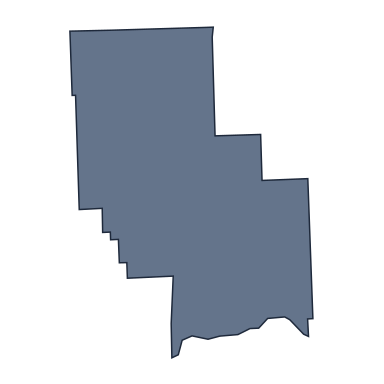 Columbia, Washington, United States of America (Mercator projection), rotated 178°
{"feature_id": "52423323B83269960896154", "entity_name": "Columbia", "entity_type": "district", "adm_level": 2, "iso_a3": "USA", "parent_name": "United States of America", "parent_adm1": "Washington", "projection": "mercator", "projection_center": [-117.924, 46.312], "detail": "fine", "context": "isolated", "style": "filled", "palette": "slate", "viewbox_px": 384, "rotation_deg": 178, "n_neighbors": 0, "source": "geoboundaries", "source_scale": "gbopen_adm2", "svg_char_len": 616}
<svg xmlns="http://www.w3.org/2000/svg" viewBox="0 0 384 384"><g transform="rotate(178 192 192)"><path d="M172.1,356.0L266.7,356.5L308.4,357.0L308.4,292.7L305.0,292.7L305.3,178.4L282.3,178.8L282.7,154.7L275.0,154.8L275.0,147.1L267.2,147.2L267.1,123.8L259.6,123.7L259.6,108.1L213.7,108.6L217.4,61.2L217.9,27.0L211.4,29.8L207.0,44.2L197.0,48.2L181.1,44.3L169.3,47.0L151.1,47.9L138.8,53.5L130.1,53.6L120.8,63.0L103.7,63.9L98.8,61.0L85.4,46.0L80.6,43.6L80.9,61.1L75.6,61.2L75.8,201.3L121.6,201.1L121.4,247.1L167.0,247.3L166.4,346.1L165.0,356.0L172.1,356.0Z" fill="#64748b" stroke="#1e293b" stroke-width="1.5"/></g></svg>